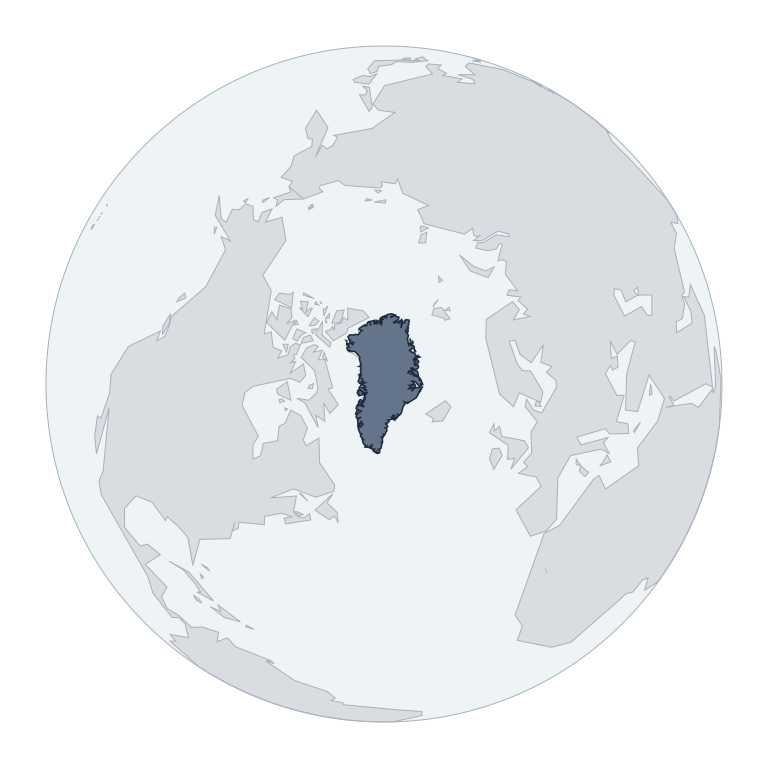 Greenland highlighted on a globe, orthographic projection
{"feature_id": "GRL", "entity_name": "Greenland", "entity_type": "country or territory", "adm_level": 0, "iso_a3": "GRL", "parent_name": "North America", "parent_adm1": "", "projection": "orthographic", "projection_center": [-41.68, 71.708], "detail": "fine", "context": "on_globe", "style": "filled", "palette": "slate", "viewbox_px": 768, "rotation_deg": 0, "n_neighbors": 0, "source": "natural_earth", "source_scale": "50m", "svg_char_len": 16518}
<svg xmlns="http://www.w3.org/2000/svg" viewBox="0 0 768 768"><circle cx="384" cy="384" r="338" fill="#eef3f6" stroke="#a8b0b8"/><path d="M207.0,671.9L199.6,667.2L170.0,641.2L175.8,641.2L170.2,634.4L188.5,637.7L185.1,623.8L179.0,617.7L172.1,617.3L152.9,593.1L148.2,577.3L101.2,494.6L99.0,480.9L103.1,471.0L109.2,407.4L96.5,453.9L94.7,436.9L97.4,415.9L101.0,418.1L109.6,393.0L111.0,374.4L128.4,346.4L160.4,331.0L156.8,340.8L164.9,336.3L169.9,323.8L171.1,316.8L205.7,286.8L225.5,249.8L221.2,236.6L230.4,240.9L215.2,215.3L219.2,195.8L221.2,218.9L226.4,222.2L232.3,209.3L238.9,209.9L245.5,204.1L252.9,206.1L253.5,219.9L258.2,221.6L262.1,212.4L272.0,208.9L265.5,222.1L282.0,217.4L286.0,240.3L262.8,275.3L271.3,290.7L264.2,333.9L271.2,331.8L273.0,347.3L281.7,350.8L277.9,358.2L288.2,354.6L290.0,347.3L295.1,343.3L300.4,344.8L296.5,354.3L293.2,355.0L294.9,358.6L290.6,362.8L295.7,361.5L290.3,373.1L303.5,364.0L305.7,375.2L300.0,382.3L290.5,378.4L253.5,386.2L244.8,392.7L242.1,405.6L258.4,436.2L252.9,445.0L253.0,459.2L260.6,455.7L263.3,443.4L277.5,440.7L279.1,426.3L285.1,423.2L290.8,410.0L300.8,415.6L307.5,428.4L303.2,439.7L306.1,445.8L318.9,438.1L319.6,462.7L334.8,485.1L333.8,491.3L316.0,497.2L293.6,488.9L270.4,497.9L296.5,496.0L293.5,512.0L297.6,516.4L304.2,517.9L309.6,513.5L310.9,519.9L285.6,523.9L284.1,518.1L292.1,516.8L281.5,513.2L264.5,516.5L264.3,524.7L238.8,522.2L238.3,528.1L232.5,531.0L234.9,521.7L230.1,538.6L200.0,539.4L192.8,565.4L187.9,537.6L178.9,527.0L167.2,516.6L165.6,520.8L152.2,502.3L136.1,495.8L124.5,508.5L124.5,527.3L140.0,545.9L147.4,544.1L160.3,554.7L145.3,564.4L167.0,587.1L161.6,597.1L167.1,608.3L179.4,615.9L191.6,627.4L202.3,627.0L218.6,632.3L217.1,641.6L227.6,637.9L235.7,646.8L269.3,660.1L266.3,661.3L294.4,680.5L327.6,691.7L335.3,698.1L331.0,700.5L343.2,702.9L343.4,704.7L394.0,709.6L421.8,711.5L422.1,715.4L401.3,720.1L393.5,721.8L369.0,721.6L344.7,719.6L320.5,715.9L296.6,710.4L273.2,703.3L250.4,694.4L228.3,683.9L207.0,671.9ZM92.0,226.1L94.8,224.0L91.1,229.8L92.0,226.1ZM97.9,219.7L96.7,221.0L98.0,219.3L97.9,219.7ZM99.8,216.5L98.5,218.8L99.8,216.3L99.8,216.5ZM102.1,212.3L101.0,214.5L101.0,214.3L102.1,212.3ZM188.7,571.9L213.7,601.1L196.8,591.9L200.5,592.1L194.7,583.1L183.0,569.6L169.0,561.1L188.7,571.9ZM106.6,205.7L107.8,204.0L107.0,205.9L106.6,205.7ZM205.8,568.3L201.2,564.0L206.1,567.2L205.8,568.3ZM170.6,313.6L169.3,323.6L162.4,334.8L162.8,326.3L170.6,313.6ZM184.7,293.2L185.9,297.8L176.8,301.9L178.9,298.0L184.7,293.2ZM216.7,227.2L214.3,234.3L214.3,227.2L216.7,227.2ZM245.2,203.0L243.7,200.8L247.8,198.8L245.2,203.0ZM284.9,407.9L287.7,409.0L285.2,410.8L284.9,407.9ZM284.7,401.2L279.7,402.6L278.8,399.7L281.9,398.9L284.7,401.2ZM262.8,200.1L269.7,197.6L262.7,202.5L262.8,200.1ZM291.0,400.2L277.9,394.3L276.5,389.2L287.2,381.8L291.0,400.2ZM273.8,197.8L290.7,192.0L289.0,186.5L303.3,199.0L284.3,199.6L275.9,206.3L277.7,200.3L273.8,197.8ZM288.2,344.3L286.5,352.2L283.0,344.3L288.2,344.3ZM284.7,340.3L266.6,322.3L271.8,311.6L276.8,319.7L279.5,305.0L291.0,308.6L292.0,317.4L286.4,323.6L295.1,320.3L284.7,340.3ZM308.6,207.0L312.7,207.7L308.5,209.6L308.6,207.0ZM296.9,341.2L292.7,338.4L296.9,328.9L305.9,332.7L301.7,334.6L296.9,341.2ZM274.7,299.5L279.4,293.2L289.9,294.4L293.2,292.1L291.7,307.7L274.7,299.5ZM303.4,337.5L310.4,335.0L313.3,340.8L301.2,343.3L303.4,337.5ZM294.2,324.8L296.6,320.6L298.2,324.2L294.2,324.8ZM327.4,360.7L322.4,357.3L324.1,352.1L327.4,360.7ZM312.8,333.7L311.8,331.7L311.9,329.3L317.0,328.9L312.8,333.7ZM299.2,307.5L302.6,309.4L300.4,301.2L308.2,301.9L305.8,312.3L310.1,308.1L312.5,308.3L307.8,316.6L299.2,307.5ZM322.4,321.4L322.1,335.1L331.0,342.4L329.7,347.2L315.6,334.7L322.4,321.4ZM314.3,317.8L319.0,321.1L315.0,325.4L309.2,325.7L314.3,317.8ZM314.3,298.7L303.0,294.9L303.9,292.8L314.3,298.7ZM325.8,322.6L325.8,319.3L326.9,322.7L325.8,322.6ZM318.8,305.1L314.6,304.0L315.8,301.6L318.8,305.1ZM329.3,313.7L329.2,318.1L325.3,318.4L329.3,313.7ZM325.1,309.1L327.7,306.1L324.0,315.9L323.1,308.9L325.1,309.1ZM320.5,303.0L319.9,301.2L322.1,303.8L320.5,303.0ZM344.2,310.0L340.5,322.4L331.8,323.1L336.7,310.9L344.2,310.0ZM596.1,120.9L596.8,122.0L610.1,133.4L607.0,131.6L611.5,140.8L629.5,158.7L659.6,191.4L667.3,199.8L670.2,204.3L676.7,215.2L677.9,223.4L670.8,222.4L676.4,233.2L674.2,248.7L684.6,292.3L681.7,295.0L684.6,304.7L682.3,318.6L676.1,322.0L676.7,332.7L692.1,323.1L690.9,311.6L683.7,296.6L688.7,297.1L690.4,284.6L704.4,315.5L712.6,387.2L706.0,383.7L673.7,401.1L670.6,396.6L670.1,396.5L669.2,396.4L673.9,405.5L665.9,407.4L691.1,403.3L698.5,407.3L712.8,388.6L713.3,393.1L715.6,385.2L714.1,346.6L715.7,349.4L721.0,379.4L719.3,425.9L715.4,450.1L709.7,474.0L702.3,497.4L693.3,520.2L682.6,542.2L670.3,563.5L656.5,583.8L657.4,582.1L644.6,590.2L648.0,577.9L642.6,579.9L632.8,592.0L625.6,593.9L618.9,600.4L571.0,642.1L551.6,647.3L517.2,640.4L522.4,626.2L515.1,614.9L544.2,533.3L559.7,525.3L593.3,479.5L599.2,475.5L605.4,489.1L638.7,465.9L637.5,447.9L657.6,421.1L664.5,398.5L649.0,374.9L637.6,411.6L625.6,410.0L626.7,373.9L635.2,342.0L630.8,340.4L617.0,354.3L610.4,340.9L611.3,358.6L617.3,355.9L618.0,367.0L612.5,370.2L610.4,365.3L605.4,373.5L616.8,395.5L624.2,395.2L616.4,421.6L627.9,423.7L628.8,433.5L609.8,433.9L605.1,428.7L576.8,437.1L581.0,444.8L608.0,437.6L603.4,442.6L609.3,453.5L601.2,449.2L570.6,455.5L557.9,477.9L556.5,519.1L546.0,531.1L530.4,536.2L516.0,509.9L541.1,486.3L536.4,477.2L518.5,473.3L527.7,466.6L523.5,462.3L531.8,453.0L530.9,432.1L537.4,421.8L525.0,406.4L526.7,399.2L533.6,410.3L541.8,412.7L556.5,387.3L555.8,380.2L546.5,372.4L551.8,366.6L540.9,362.3L543.4,344.8L531.3,362.7L520.1,354.6L515.0,340.4L509.1,341.0L517.4,364.2L522.6,370.6L530.6,371.0L543.0,391.9L540.6,402.3L519.3,392.9L513.5,406.8L499.5,393.8L485.8,338.3L486.3,319.3L512.5,301.6L519.4,309.6L513.4,319.9L530.0,316.5L523.4,313.8L527.7,309.2L518.1,300.6L520.7,297.0L507.0,295.2L509.1,289.8L517.8,291.0L505.3,274.2L506.5,261.5L502.4,259.6L497.8,261.0L502.3,244.3L499.1,243.6L496.4,248.8L488.3,250.8L475.6,248.1L477.9,242.4L482.8,242.6L496.4,234.8L509.0,236.6L508.6,234.0L498.2,231.2L481.6,240.7L473.4,240.6L480.4,234.9L477.2,237.0L473.8,235.2L472.6,228.3L464.5,234.1L424.2,223.7L417.8,209.6L428.5,205.4L402.8,193.3L397.6,179.1L395.1,183.8L381.1,181.6L382.5,186.0L380.3,188.1L344.9,185.4L338.3,180.7L320.3,185.5L319.0,188.1L322.8,191.8L303.3,199.0L289.0,186.5L292.6,181.4L281.2,177.4L291.1,166.4L294.1,155.7L311.7,146.6L312.5,139.2L307.9,138.5L305.5,128.3L316.6,110.1L328.0,127.7L315.3,157.1L322.3,145.2L326.8,148.9L333.0,145.3L337.4,137.0L334.1,135.4L372.2,128.4L394.9,112.4L378.5,110.3L373.0,104.0L384.4,85.7L432.6,73.9L425.7,66.6L428.3,63.9L441.2,65.0L437.7,68.8L446.6,73.2L442.6,75.4L462.1,78.9L457.3,82.3L474.7,83.7L473.1,79.3L457.8,74.6L475.0,74.8L465.2,66.4L469.2,63.0L502.9,69.5L529.4,80.4L532.1,81.2L540.0,86.1L554.6,93.3L548.0,88.6L572.8,103.7L596.1,120.9ZM545.2,568.5L547.1,573.0L545.2,568.5ZM651.8,315.4L651.9,294.9L638.7,295.2L637.6,287.4L633.5,290.5L637.7,295.3L625.8,301.9L621.1,290.1L614.3,288.6L614.0,295.4L624.5,316.0L641.7,306.6L647.3,315.2L651.8,315.4ZM270.5,660.4L274.3,663.6L268.7,661.7L270.5,660.4ZM193.2,595.0L199.1,599.2L201.8,603.0L196.9,600.5L193.2,595.0ZM246.5,625.1L253.9,629.4L245.6,626.8L246.5,625.1ZM218.0,605.0L240.4,621.9L224.3,617.5L210.3,606.7L220.8,611.5L218.0,605.0ZM200.2,573.7L203.6,577.2L201.7,578.7L200.2,573.7ZM209.3,570.6L207.7,569.9L206.6,566.7L209.3,570.6ZM294.9,511.7L297.0,511.6L303.1,514.4L299.1,515.7L294.9,511.7ZM337.1,512.3L338.2,522.8L334.6,516.0L329.2,519.6L315.0,510.2L332.6,493.9L327.1,502.9L337.1,512.3ZM300.8,493.5L307.9,501.0L299.5,493.5L300.8,493.5ZM492.3,448.9L499.2,448.1L502.1,455.5L493.8,469.4L489.5,458.7L492.3,448.9ZM508.3,445.4L489.5,432.7L493.9,423.8L494.6,430.9L499.4,426.3L501.9,436.5L524.5,440.8L528.5,447.7L511.0,469.1L514.5,458.2L507.5,459.4L508.3,445.4ZM433.7,418.7L425.6,413.9L445.6,400.8L450.9,406.9L443.0,420.9L432.1,421.9L433.7,418.7ZM312.4,388.6L308.0,388.2L309.1,385.5L313.7,383.6L312.4,388.6ZM324.9,359.5L332.7,387.9L328.1,388.8L338.2,404.8L329.9,413.4L323.7,402.7L324.9,421.5L315.9,415.2L318.1,427.8L305.0,403.0L296.9,398.4L309.0,400.2L316.8,392.4L317.8,387.6L314.6,370.8L301.1,357.4L306.8,347.8L314.3,344.6L318.4,346.4L313.4,352.0L322.4,350.3L318.4,359.8L324.9,359.5ZM399.2,316.8L391.8,321.8L409.2,321.5L405.3,330.4L407.5,329.8L408.7,338.0L414.0,347.1L410.7,350.5L414.2,352.6L415.0,358.2L418.7,362.2L414.2,370.0L418.3,375.6L413.8,376.1L422.1,383.8L413.9,381.6L414.2,388.9L422.0,387.2L388.6,420.7L380.9,437.0L379.0,451.9L365.1,446.6L358.1,429.4L356.1,407.8L365.5,393.1L357.5,393.5L359.6,386.7L365.0,389.2L358.0,381.2L361.2,376.3L359.4,358.1L347.3,350.0L346.3,343.3L352.7,344.0L347.3,336.8L358.7,333.7L358.3,328.9L369.1,321.1L381.6,325.5L380.2,319.8L388.3,313.9L399.2,316.8ZM347.6,308.1L363.4,311.0L369.1,317.5L347.9,328.3L346.7,333.1L333.3,340.7L325.4,331.3L330.0,330.0L332.6,326.5L334.0,330.8L334.8,324.8L341.1,322.9L343.4,317.7L347.9,320.0L347.6,308.1ZM599.7,466.0L603.1,462.1L607.1,454.9L610.9,461.8L599.7,466.0ZM579.1,470.8L581.3,466.4L588.6,472.3L585.0,476.5L579.1,470.8ZM576.2,459.1L580.8,465.7L576.2,464.6L576.2,459.1ZM534.9,405.9L536.5,401.0L539.1,402.0L541.1,406.6L534.9,405.9ZM450.0,318.7L444.8,320.3L443.8,318.1L431.9,315.0L433.9,308.4L441.8,307.6L450.0,318.7ZM650.7,384.1L652.3,393.7L649.7,395.6L649.6,391.9L650.7,384.1ZM633.5,430.6L640.4,422.3L634.4,432.6L633.5,430.6ZM450.1,310.9L445.0,310.3L449.2,307.3L450.1,310.9ZM434.7,303.3L438.5,299.3L432.7,307.2L434.7,303.3ZM534.2,81.6L542.6,86.0L541.9,85.9L530.7,80.4L534.2,81.6ZM472.4,61.0L475.8,60.3L478.6,60.7L480.8,62.2L472.4,61.0ZM459.6,255.0L474.0,266.6L485.6,270.9L494.1,266.9L488.2,277.7L470.3,271.0L459.6,255.0ZM428.4,228.0L420.9,231.9L420.0,227.3L421.5,225.8L428.4,228.0ZM426.8,232.4L425.6,242.8L418.6,243.1L421.0,234.8L426.8,232.4ZM438.5,276.4L442.6,280.3L439.1,282.5L438.5,276.4ZM481.6,60.5L480.9,60.3L472.7,58.0L474.2,58.4L481.6,60.5ZM410.3,57.9L410.3,60.0L402.0,59.5L404.3,58.1L410.3,57.9ZM374.7,60.7L399.7,60.1L419.8,60.7L415.1,59.0L422.5,56.8L427.8,60.8L411.4,62.4L396.7,61.5L391.5,64.6L378.9,66.4L377.0,71.4L370.5,73.5L367.7,68.8L374.7,60.7ZM376.8,73.7L368.9,84.1L354.6,82.2L353.1,79.5L362.7,75.4L369.7,76.6L376.8,73.7ZM362.8,86.1L369.5,87.5L372.2,107.6L369.1,111.4L359.5,94.7L365.4,95.1L367.2,90.7L362.8,86.1ZM313.0,204.5L312.8,207.4L310.2,205.1L313.0,204.5ZM381.4,190.6L377.9,193.1L375.0,190.2L381.4,190.6ZM366.6,198.6L372.3,200.1L365.3,200.9L366.6,198.6ZM385.2,203.2L374.1,201.9L386.0,199.8L385.2,203.2Z" fill="#d9dde1" stroke="#a8b0b8" stroke-width="1"/><path d="M391.7,313.8L394.9,314.9L390.8,316.8L390.9,317.4L395.5,315.3L396.4,316.8L397.9,316.8L399.0,317.6L398.4,319.5L393.5,322.4L394.0,323.0L397.4,321.8L398.6,323.2L399.1,322.6L399.1,321.1L400.2,320.5L400.6,321.1L401.1,322.4L401.4,324.0L401.0,327.2L401.2,328.1L402.4,322.3L404.7,322.9L404.9,320.4L406.2,319.6L409.2,320.2L409.0,322.9L408.2,323.9L408.7,324.5L408.8,325.1L407.3,327.0L408.4,327.5L408.4,328.6L405.7,329.7L405.5,331.3L406.1,332.6L406.9,332.5L407.7,334.6L408.5,335.4L407.3,339.1L407.7,339.6L408.5,344.6L409.1,343.1L411.1,343.6L411.7,344.2L410.0,344.6L411.0,345.8L413.4,345.6L413.9,346.2L414.3,347.4L414.3,348.3L411.6,348.4L410.7,350.2L409.6,349.9L409.4,350.6L410.6,350.9L411.7,352.4L414.1,352.5L414.3,353.2L415.4,354.3L416.1,355.7L416.6,357.5L415.0,357.2L413.9,359.4L412.9,359.2L414.0,359.8L414.8,358.8L415.6,360.2L415.5,361.2L415.8,361.2L415.8,359.1L416.4,358.8L418.3,360.8L418.8,361.9L416.5,364.2L415.0,363.9L414.8,362.5L414.3,362.1L414.7,363.1L414.3,363.9L414.7,364.3L414.7,365.1L415.2,365.4L418.2,365.3L418.5,367.6L416.2,369.6L414.6,369.3L412.4,367.7L411.9,368.9L410.2,367.8L411.8,369.3L410.2,371.5L408.0,370.9L409.4,371.7L407.9,372.8L408.4,373.1L413.1,369.7L417.4,371.4L418.3,374.3L418.0,374.7L418.4,376.0L414.7,374.8L412.9,372.0L410.0,374.8L412.8,372.9L413.7,375.1L413.0,376.0L414.0,375.5L419.7,377.9L419.2,379.6L419.5,380.2L419.8,380.9L419.7,379.8L420.6,379.2L422.8,384.4L421.3,385.3L420.5,383.1L420.8,385.6L419.6,386.0L418.1,385.2L416.0,382.3L413.1,381.0L410.8,381.2L413.3,381.5L413.9,382.6L412.5,384.9L409.3,385.4L410.3,386.1L410.2,387.3L408.7,388.9L413.7,388.0L412.0,390.6L412.6,390.7L413.0,389.3L415.6,387.7L422.3,387.2L421.1,389.0L421.3,389.5L419.8,390.3L420.3,391.1L419.2,391.4L419.5,392.2L418.0,393.8L418.3,394.2L416.2,397.8L409.0,402.3L407.8,402.2L408.2,402.9L407.4,403.4L404.2,401.7L404.7,402.7L404.3,403.0L404.9,404.2L403.1,406.5L401.6,412.2L400.6,414.1L399.4,415.3L397.7,414.4L398.4,416.1L396.8,418.0L396.3,417.0L396.1,418.3L395.1,417.9L393.6,419.7L392.9,419.0L394.4,415.4L392.3,415.1L393.3,415.8L392.5,417.9L391.6,417.4L392.4,419.1L387.7,420.2L389.2,421.4L387.5,423.1L385.5,423.3L385.8,424.2L386.6,423.9L387.8,426.5L386.3,428.0L384.3,427.6L386.7,428.5L386.9,430.9L385.7,432.2L385.5,433.6L384.8,434.8L382.7,433.9L384.1,435.3L383.4,436.7L380.6,436.8L382.7,437.7L382.2,440.1L382.8,441.8L381.5,442.6L382.2,442.8L381.0,448.1L380.0,449.5L377.5,449.0L379.5,450.3L379.8,452.2L379.2,452.9L377.3,452.3L378.1,453.3L377.4,453.5L375.9,452.8L376.6,450.8L375.4,452.3L373.2,451.1L373.3,450.1L374.4,449.7L375.1,448.5L373.2,449.7L371.4,448.6L371.2,447.6L372.1,445.1L369.1,447.2L365.3,447.1L366.6,445.9L364.9,445.7L364.9,444.6L363.5,443.9L363.3,442.5L362.7,442.0L363.0,441.5L362.7,440.3L364.3,439.3L362.1,439.5L362.4,438.2L360.5,436.5L360.8,435.1L362.4,433.4L360.6,434.5L358.5,429.3L358.6,427.2L362.1,426.5L361.5,426.5L361.7,425.9L358.7,426.7L358.4,426.0L359.9,424.1L361.4,423.7L362.2,423.8L362.9,425.2L362.8,423.7L361.9,423.2L361.1,420.5L361.4,423.0L360.0,423.7L360.3,422.9L360.0,423.0L357.9,425.8L357.9,420.3L357.4,419.1L361.3,417.1L357.5,418.4L356.1,417.3L356.7,415.2L356.2,414.6L362.0,410.7L357.2,413.9L355.7,413.9L356.0,412.4L356.7,411.1L359.4,410.2L356.5,409.1L356.2,408.1L356.8,406.5L360.0,405.1L363.9,407.1L362.9,406.0L363.4,405.4L360.4,404.7L357.0,405.8L359.1,402.2L362.3,403.7L363.5,402.0L361.1,402.6L358.7,401.6L359.7,400.0L360.7,399.6L362.6,400.9L363.7,400.7L364.6,399.7L363.6,399.9L364.3,397.7L366.0,397.7L364.4,397.2L365.4,394.6L366.4,394.0L366.2,393.1L366.7,392.7L362.9,391.9L359.8,389.1L359.2,387.3L360.0,386.7L362.5,387.7L364.7,389.9L366.3,390.4L365.2,389.1L365.6,387.6L364.7,386.5L366.1,386.8L362.6,385.1L362.5,384.3L365.4,382.6L362.2,382.6L363.0,381.4L362.7,381.4L362.4,378.4L362.8,378.0L362.2,378.2L362.6,380.8L361.3,382.0L361.1,383.1L359.7,383.4L358.3,381.9L358.3,381.1L359.5,378.8L360.7,377.6L359.2,378.3L359.2,377.6L359.9,377.5L359.5,376.8L360.8,376.3L361.5,374.7L360.1,373.6L361.2,371.9L360.2,370.2L360.9,369.2L360.8,366.9L359.2,366.5L360.2,366.2L360.5,365.0L361.3,364.6L359.2,359.0L359.9,358.3L359.8,357.1L357.0,353.4L354.6,351.3L351.5,351.5L349.4,350.2L349.4,351.6L349.2,351.5L347.6,350.0L346.9,347.6L349.3,347.1L347.6,345.2L348.3,344.4L346.7,344.7L346.8,343.1L349.7,343.8L351.1,343.3L352.9,344.7L353.1,344.1L353.6,343.5L353.4,342.3L349.9,342.1L349.3,340.1L350.1,339.7L348.8,339.2L348.2,336.4L349.5,335.1L350.7,334.8L354.0,335.0L355.1,334.4L358.0,334.8L359.2,333.6L361.0,330.8L361.8,330.5L359.2,329.6L359.4,328.3L363.5,325.5L364.3,325.5L364.5,326.6L364.8,325.5L365.2,324.9L366.4,325.7L367.2,324.4L367.8,322.4L368.7,321.7L369.6,322.2L370.9,325.7L369.8,321.6L374.0,320.5L374.4,321.7L373.9,324.6L374.6,323.5L374.9,322.5L374.8,322.1L375.1,320.9L376.4,323.6L377.5,323.7L376.8,321.7L376.8,320.4L377.6,320.4L381.4,324.8L381.6,324.4L381.6,323.0L382.0,321.4L382.0,320.8L381.1,319.2L384.2,319.3L380.5,318.0L383.1,316.3L384.3,317.2L384.9,315.9L386.5,317.8L386.6,316.8L386.0,315.6L387.4,314.6L391.7,313.8ZM361.0,390.6L363.0,393.4L363.1,394.6L359.0,395.9L358.3,394.9L359.4,394.8L359.1,394.3L357.2,392.8L357.7,391.5L358.6,391.7L357.9,390.4L359.0,389.6L361.0,390.6ZM414.9,384.4L415.4,386.0L414.1,387.5L410.6,388.2L410.8,385.5L412.8,385.3L414.0,383.9L414.9,384.4ZM381.4,323.1L380.0,321.4L379.7,319.9L380.5,319.5L381.5,320.8L381.6,321.2L381.4,323.1ZM408.3,330.7L407.6,332.3L406.8,331.8L408.0,330.2L408.3,330.7ZM418.2,355.4L418.8,356.4L419.9,357.0L417.7,357.7L417.2,356.3L418.2,355.4ZM416.0,352.3L414.5,350.4L413.9,348.9L414.4,349.1L416.0,352.3ZM360.9,375.0L359.7,376.1L358.8,375.0L360.7,374.7L360.9,375.0ZM402.7,320.9L402.5,321.1L401.5,319.9L401.6,319.6L402.7,320.9ZM364.9,395.2L364.4,395.2L364.5,393.4L365.8,393.6L364.9,395.2ZM411.2,341.9L411.1,342.2L410.0,340.1L410.2,339.5L411.2,341.9ZM347.4,341.3L346.5,341.3L346.2,340.7L347.4,341.3ZM361.8,385.1L360.8,385.3L360.8,385.0L361.6,384.2L361.8,385.1ZM413.2,342.8L412.7,343.2L412.9,342.0L413.2,342.8ZM371.1,446.6L370.4,448.2L369.3,447.4L371.1,446.6ZM364.8,387.4L363.9,387.2L364.3,386.6L364.8,387.4ZM395.5,419.1L395.0,419.9L394.8,419.0L395.5,419.1Z" fill="#64748b" stroke="#1e293b" stroke-width="1.5"/></svg>